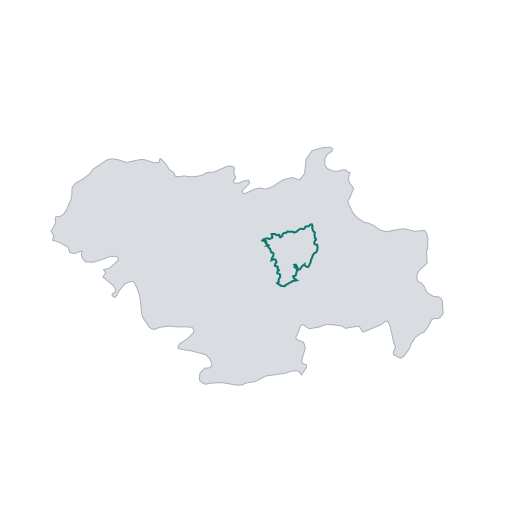 Republic of Serbia, with Pomoravski highlighted, rotated 320°
{"feature_id": "SRB-832", "entity_name": "Pomoravski", "entity_type": "District", "adm_level": 1, "iso_a3": "SRB", "parent_name": "Republic of Serbia", "parent_adm1": "", "projection": "robinson", "projection_center": [21.332, 43.988], "detail": "fine", "context": "in_parent", "style": "outline", "palette": "teal", "viewbox_px": 512, "rotation_deg": 320, "n_neighbors": 0, "source": "natural_earth", "source_scale": "10m", "svg_char_len": 8888}
<svg xmlns="http://www.w3.org/2000/svg" viewBox="0 0 512 512"><g transform="rotate(320 256 256)"><path d="M286.7,200.8L298.2,204.0L303.4,207.0L306.2,211.0L313.5,213.6L325.5,214.9L333.8,218.9L338.5,225.8L346.1,224.1L356.6,214.0L366.9,211.3L377.1,216.2L382.7,220.2L383.7,223.3L381.3,224.6L375.6,224.0L371.0,225.9L367.3,230.4L366.8,235.1L369.4,240.2L373.0,243.7L377.7,245.6L380.2,248.2L380.6,251.6L381.8,252.5L379.1,254.1L376.3,256.3L374.6,260.3L374.3,266.8L365.2,271.8L361.8,272.7L360.3,276.1L357.9,285.5L358.3,292.6L359.5,296.2L360.1,299.2L363.1,302.8L365.8,308.3L367.6,315.7L371.5,321.3L381.7,326.9L386.7,330.1L390.4,334.8L393.3,339.1L401.7,344.7L401.1,348.8L399.3,352.7L397.4,354.6L393.3,359.7L389.2,362.5L382.6,371.5L372.1,371.9L369.6,372.7L365.6,375.1L363.6,379.6L365.5,383.2L365.4,386.8L363.5,393.8L366.1,401.4L369.8,404.8L370.4,406.8L369.8,410.4L364.3,417.6L362.6,420.2L357.1,421.5L355.1,420.9L352.3,418.4L349.6,417.7L343.0,420.6L336.2,422.4L330.9,421.0L325.6,420.8L322.0,422.0L319.2,422.5L313.9,425.6L305.2,427.8L301.2,427.4L299.7,424.4L298.1,420.3L298.9,418.4L304.6,415.1L305.3,411.9L313.2,396.8L314.7,391.9L314.8,390.3L312.7,389.2L308.3,389.2L289.0,383.1L289.8,376.1L284.1,372.3L278.0,368.9L277.0,365.1L270.2,357.5L265.2,353.2L258.9,351.1L253.4,347.9L250.1,346.0L248.7,342.5L248.7,340.4L247.0,338.3L244.4,338.5L239.9,341.4L234.4,343.8L233.4,345.6L235.4,349.8L236.8,352.5L236.2,355.0L234.4,358.3L223.8,365.4L222.6,367.9L224.6,371.9L223.3,373.7L214.4,376.4L214.7,374.2L214.1,370.7L209.1,366.9L201.9,364.0L186.1,354.1L180.0,352.8L174.5,351.6L166.7,346.9L162.7,346.0L158.3,342.6L148.6,331.1L140.4,324.9L134.8,321.7L133.3,318.6L132.9,315.5L133.1,314.4L137.4,309.9L140.7,309.3L145.0,309.1L147.7,311.4L151.4,311.9L153.4,309.0L154.6,304.8L154.1,299.4L145.4,287.0L137.9,278.4L137.1,276.5L138.7,274.9L141.4,274.0L144.2,274.7L151.6,275.3L158.7,274.5L161.1,272.4L161.1,269.6L158.6,266.9L150.3,259.8L143.9,253.6L136.4,248.7L130.8,246.8L129.2,244.4L128.5,241.8L129.2,237.0L129.6,230.9L131.0,227.1L136.1,219.8L141.0,212.2L144.1,204.8L145.7,198.0L145.2,196.0L142.6,194.5L137.3,193.1L129.9,194.4L123.6,196.8L121.1,197.0L120.3,194.0L121.3,192.6L123.3,192.8L124.9,193.4L126.7,192.0L127.7,187.8L125.3,173.6L130.0,172.4L130.1,170.3L130.5,168.5L135.4,171.0L142.2,171.0L148.2,170.5L149.1,169.1L149.0,167.1L147.8,165.5L145.7,164.3L144.2,162.3L140.2,161.4L127.6,156.3L121.5,150.9L121.7,145.1L123.6,142.0L125.8,140.9L125.1,139.8L118.1,137.2L115.6,133.4L117.7,128.7L114.1,119.0L110.3,113.1L114.2,110.5L114.7,106.8L115.1,104.7L116.6,104.8L122.8,102.3L125.1,100.3L126.4,98.0L127.9,97.4L132.0,100.0L136.3,100.2L141.2,98.6L144.9,96.4L149.3,94.5L151.3,93.2L153.8,91.3L159.0,85.4L164.8,84.2L172.5,85.7L180.9,86.2L187.2,84.8L203.0,86.5L206.4,87.9L208.6,89.4L212.8,94.4L216.7,101.0L222.3,104.0L228.9,107.5L232.2,110.1L237.2,118.0L241.2,121.8L242.5,121.6L243.8,120.6L244.7,119.8L245.8,120.5L245.8,122.9L246.1,128.1L245.1,133.7L246.5,139.0L246.5,140.7L245.5,142.2L245.7,143.5L247.0,145.0L252.4,148.5L257.4,153.9L263.1,157.7L268.5,160.1L271.8,160.2L277.4,164.6L288.3,167.8L291.8,168.8L294.2,170.6L295.9,172.7L296.0,174.9L294.3,176.0L292.0,179.0L291.0,182.7L289.3,183.6L287.5,183.7L286.2,184.8L286.5,186.4L288.0,187.9L290.3,189.3L294.6,190.6L298.9,192.7L298.9,194.3L298.0,196.0L292.5,196.7L288.5,197.0L286.6,197.7L286.7,200.8Z" fill="#d9dde1" stroke="#a8b0b8" stroke-width="1"/><path d="M258.2,297.3L257.2,296.2L256.9,295.8L256.7,295.6L256.2,295.2L255.9,294.9L255.8,294.6L255.8,294.4L255.8,293.7L255.7,293.2L255.3,292.6L255.2,292.3L254.8,291.2L254.8,290.3L255.7,290.4L256.0,290.4L256.6,290.6L256.9,290.5L257.0,290.4L257.1,290.2L257.2,289.7L257.4,289.4L257.5,289.1L257.8,288.9L258.2,288.7L258.8,288.3L259.2,288.2L259.8,288.1L260.0,288.0L260.7,287.7L261.1,287.4L261.8,286.6L262.3,286.2L262.4,285.9L262.4,285.7L262.4,285.2L262.3,284.8L261.9,284.1L261.6,283.8L261.5,283.5L261.3,282.9L261.3,282.7L261.5,282.4L261.8,282.1L262.5,281.8L262.9,281.5L263.1,281.5L263.3,281.5L263.7,281.5L264.4,281.7L264.5,281.2L264.5,280.8L264.5,280.6L264.2,279.7L264.3,279.4L265.0,279.1L265.4,278.8L265.5,278.7L265.7,278.4L265.7,278.2L265.6,277.8L265.2,277.3L265.0,276.8L264.3,276.2L264.2,276.0L264.2,275.9L264.2,275.7L264.3,275.4L264.4,275.2L264.6,275.1L265.1,274.9L265.7,274.3L265.8,274.2L266.1,274.1L267.1,274.1L267.3,274.1L267.6,274.0L267.8,273.8L268.1,273.4L268.1,273.0L268.1,272.6L268.1,272.4L268.5,271.7L268.6,271.2L268.4,270.8L267.6,269.9L267.4,269.8L267.1,269.7L265.1,269.2L266.1,268.4L267.1,267.7L267.7,267.5L268.4,267.3L269.1,267.1L269.5,266.8L269.7,266.7L270.0,266.3L270.7,265.8L270.8,265.7L271.0,265.2L271.1,264.4L270.2,263.3L270.1,263.2L270.0,262.8L270.0,262.6L270.1,262.4L270.4,261.8L270.4,261.7L271.4,259.9L271.2,259.2L271.1,258.1L271.2,257.1L271.5,256.4L272.2,256.2L270.8,255.0L272.2,255.0L272.1,254.7L271.7,254.3L272.0,253.6L272.2,253.2L271.7,252.6L271.7,252.0L273.2,251.4L273.2,250.7L272.1,250.3L270.8,248.2L271.7,248.0L272.1,248.0L272.3,248.1L272.6,248.2L273.2,248.6L273.6,248.7L274.3,248.8L274.7,248.9L275.4,249.3L276.2,249.8L276.3,249.9L276.4,250.1L276.6,250.8L276.7,251.0L277.0,251.4L277.4,251.7L277.7,251.9L278.6,252.0L279.0,252.1L279.7,252.4L279.9,252.5L280.1,252.5L280.3,252.4L280.8,251.8L281.0,251.5L281.2,251.3L281.4,250.6L281.7,249.9L282.0,249.2L283.6,250.4L284.3,250.9L284.5,251.1L284.8,251.5L284.9,251.8L285.0,252.0L284.9,252.6L285.0,252.8L285.0,253.0L285.4,253.5L285.7,253.9L285.8,254.0L286.1,254.2L287.0,254.3L287.2,254.5L287.3,254.6L287.4,254.9L287.3,255.1L287.1,255.6L286.9,256.1L286.7,256.3L286.4,256.8L286.4,257.1L286.5,257.3L286.8,257.5L287.2,257.6L288.0,257.5L289.1,257.5L289.3,257.3L289.5,257.0L289.6,256.9L289.8,256.7L290.1,256.5L290.6,256.4L292.0,256.3L292.3,256.4L292.8,256.6L293.4,257.2L293.6,257.3L294.2,257.7L294.5,257.7L294.9,257.7L295.4,257.6L295.8,257.4L296.2,257.8L296.6,258.4L297.6,259.2L298.4,259.8L298.9,260.4L299.1,260.5L299.5,260.7L299.8,260.9L299.9,261.0L300.0,261.7L300.3,262.2L300.3,262.5L300.5,262.8L300.8,262.9L301.1,263.0L301.7,263.1L302.4,263.4L302.8,263.5L303.1,263.5L303.5,263.3L304.0,263.2L304.3,263.3L305.1,263.5L305.3,263.5L305.7,263.5L306.3,263.5L306.5,263.5L306.8,263.5L307.2,263.6L307.7,263.9L308.5,264.4L308.7,264.7L308.9,265.4L309.1,265.6L309.4,265.8L310.0,266.0L310.3,266.1L310.6,266.2L311.2,266.1L311.6,265.9L312.1,265.5L312.4,265.4L312.6,265.4L313.4,265.5L313.7,265.6L313.8,265.7L314.0,265.8L314.8,266.7L315.2,266.9L315.6,267.1L316.0,267.2L316.3,267.2L317.3,266.8L317.6,266.8L317.8,266.8L318.5,267.3L319.1,267.6L318.7,268.8L318.6,269.2L318.6,269.4L318.5,269.6L318.2,269.9L318.0,270.0L317.2,270.2L317.1,270.4L317.0,270.6L316.9,271.6L316.8,271.8L316.2,272.4L316.1,272.5L316.0,273.1L315.9,274.1L315.8,274.3L315.8,274.5L316.1,275.0L316.2,275.4L316.2,275.7L316.1,276.0L315.8,276.3L315.0,276.8L314.7,277.2L314.2,277.5L314.0,277.9L313.9,278.3L313.9,278.5L313.4,279.1L312.6,279.9L312.5,280.0L312.6,280.4L312.9,280.9L313.0,281.0L313.0,281.3L312.9,281.5L312.5,281.9L312.2,282.1L311.5,282.2L311.2,282.2L309.8,282.8L309.2,283.1L308.9,283.5L308.7,283.9L308.6,284.2L308.6,284.6L308.6,284.9L308.7,285.1L308.8,285.3L309.7,286.1L310.0,286.4L310.1,286.6L310.1,286.8L309.9,287.1L309.5,287.4L309.4,287.5L309.2,287.8L309.2,288.3L309.1,288.5L308.1,289.6L307.3,290.2L307.1,290.5L306.1,291.2L305.3,291.5L304.8,291.7L304.5,291.8L304.3,291.8L303.9,291.7L303.7,291.7L303.1,291.5L302.9,291.4L302.4,291.4L302.0,291.4L301.4,291.7L301.2,291.7L300.2,291.8L299.7,292.2L299.5,292.3L299.0,292.5L298.8,292.7L298.2,293.2L297.9,293.4L297.3,293.5L296.5,294.0L295.6,294.4L295.1,294.7L294.3,295.4L294.0,295.8L293.7,296.1L293.4,296.2L293.1,296.2L292.8,296.2L292.3,296.6L291.7,296.8L291.1,297.1L290.9,297.2L290.4,297.6L290.2,297.6L289.6,297.8L288.5,297.7L288.0,297.2L287.2,294.1L287.8,293.5L286.1,293.5L285.4,293.4L284.9,293.4L283.9,293.6L282.6,294.1L281.3,294.4L281.1,294.4L280.8,294.3L280.3,294.1L280.0,293.9L279.8,293.8L279.7,293.5L279.7,293.4L279.8,293.1L280.1,292.8L280.2,292.5L280.2,292.1L280.1,291.8L280.1,291.6L280.2,291.4L280.7,290.4L280.7,290.2L280.7,289.8L280.6,289.2L280.7,288.9L280.9,288.5L280.9,288.4L280.8,288.2L280.7,288.0L280.6,287.9L279.7,287.4L279.6,288.4L279.5,288.6L279.4,288.7L278.4,289.1L278.8,290.2L278.8,290.4L278.9,290.9L278.9,291.4L278.8,291.8L278.5,292.5L278.4,293.3L278.3,293.5L278.2,293.7L278.0,293.8L277.6,294.0L276.8,294.2L276.5,294.4L276.1,294.8L275.8,295.1L274.8,295.8L274.2,296.3L273.8,296.4L273.6,296.4L273.3,296.3L273.1,296.2L272.6,295.8L272.2,295.6L271.5,295.5L271.2,295.5L271.1,295.8L271.1,296.0L271.1,296.4L271.1,296.6L270.9,296.9L270.8,297.2L270.9,297.6L270.9,298.1L271.0,298.5L271.0,298.8L271.2,299.3L271.7,300.9L269.9,300.0L269.6,299.8L269.2,299.4L268.4,299.0L268.0,298.7L267.8,298.6L267.5,298.6L266.6,298.7L265.8,298.6L265.5,298.5L264.9,298.2L264.7,298.1L264.3,298.1L263.2,298.0L262.7,297.9L262.2,297.7L261.1,297.5L260.7,297.3L260.2,297.3L259.9,297.5L259.6,297.6L259.4,297.7L258.8,297.6L258.4,297.4L258.2,297.3Z" fill="none" stroke="#0f766e" stroke-width="2"/></g></svg>